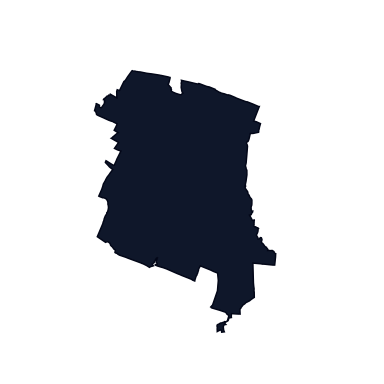 outline of Albesti, Botosani, Romania, rotated 56°
{"feature_id": "2599482B63147515307079", "entity_name": "Albesti", "entity_type": "district", "adm_level": 2, "iso_a3": "ROU", "parent_name": "Romania", "parent_adm1": "Botosani", "projection": "albers", "projection_center": [27.098, 47.691], "detail": "fine", "context": "isolated", "style": "filled", "palette": "ink", "viewbox_px": 384, "rotation_deg": 56, "n_neighbors": 0, "source": "geoboundaries", "source_scale": "gbopen_adm2", "svg_char_len": 6037}
<svg xmlns="http://www.w3.org/2000/svg" viewBox="0 0 384 384"><g transform="rotate(56 192 192)"><path d="M139.4,265.4L143.3,271.6L143.9,271.3L145.8,270.0L146.8,269.3L147.5,268.3L148.9,267.4L150.3,266.9L152.6,267.1L152.9,267.3L154.1,267.7L154.7,268.3L155.2,268.6L156.2,268.9L158.4,270.0L158.5,270.3L159.2,270.8L161.2,273.0L161.5,274.2L162.3,274.8L162.7,275.6L163.2,276.9L163.7,277.7L164.9,279.5L166.6,281.3L167.3,282.5L168.3,283.5L176.1,295.5L185.4,291.8L185.4,291.4L186.2,289.5L188.2,288.8L189.4,288.8L190.3,289.2L190.7,289.2L191.7,289.1L193.1,288.7L195.5,288.7L197.3,288.0L199.1,289.7L200.0,289.3L201.1,288.4L201.7,288.4L203.7,287.5L209.2,283.3L211.3,281.9L222.1,274.1L223.6,273.2L223.8,272.9L227.7,270.7L230.7,269.4L230.7,267.9L231.1,267.0L231.6,265.3L229.4,265.3L229.5,264.2L229.2,263.2L229.4,263.0L229.1,262.4L228.8,262.5L228.3,261.6L227.9,260.4L227.1,259.1L227.0,258.4L227.1,257.9L227.0,256.9L227.9,258.4L228.8,259.3L229.1,260.0L229.8,260.7L230.4,261.0L231.8,260.7L232.5,261.3L232.3,261.5L231.7,262.9L231.8,263.3L232.0,263.4L234.3,261.8L237.6,259.1L238.5,258.3L241.5,256.1L251.6,249.7L253.9,248.1L255.1,247.4L264.9,240.7L265.2,240.9L267.3,239.5L266.4,238.6L264.4,236.1L263.9,235.3L263.6,234.4L263.0,233.8L262.6,233.0L261.2,231.3L260.6,230.5L259.5,229.5L257.9,226.4L267.1,220.2L269.9,218.6L273.5,216.1L280.1,219.7L288.2,226.2L296.8,237.6L297.2,238.2L297.8,240.7L298.0,240.6L298.7,240.7L299.2,240.4L305.5,235.2L310.6,231.3L312.9,231.3L315.1,230.5L318.6,234.7L318.6,235.8L318.5,236.4L318.3,236.8L317.7,237.4L317.8,237.7L317.7,238.2L317.1,240.7L316.5,241.8L316.7,242.0L316.8,242.3L316.7,242.7L316.5,243.0L316.7,243.5L316.4,244.1L316.3,244.6L316.3,245.4L316.6,245.7L317.1,246.3L317.4,246.2L318.0,246.3L318.6,247.0L320.2,248.1L320.6,248.0L320.8,248.1L320.9,248.5L321.0,248.6L321.8,249.1L322.0,247.0L322.4,245.4L322.8,245.1L323.4,245.0L323.7,245.1L324.3,245.6L324.8,245.8L326.0,243.4L324.2,243.0L321.5,241.6L321.0,241.2L320.0,239.6L320.7,238.1L319.1,238.4L318.9,237.6L318.3,237.4L318.3,237.2L318.7,236.5L318.8,236.0L318.8,235.1L318.9,234.5L318.8,234.1L318.6,233.6L317.1,231.9L318.1,229.5L317.1,229.0L314.9,227.3L318.6,222.5L320.1,220.4L316.7,218.3L315.9,217.7L315.7,216.6L315.2,216.0L314.5,213.7L314.2,213.2L314.2,210.8L313.9,209.5L313.9,208.6L314.2,207.0L314.1,206.4L314.4,205.4L314.1,202.3L314.2,201.5L314.1,200.5L314.2,199.3L311.3,197.4L309.6,196.3L308.7,196.0L308.0,195.4L306.7,194.5L304.8,193.6L301.7,191.9L285.0,181.3L289.9,175.2L291.3,173.8L292.1,172.6L297.7,165.9L298.8,164.3L292.6,159.1L290.3,157.4L290.0,157.1L288.7,157.8L287.2,157.4L286.5,157.6L285.9,158.1L285.2,158.3L284.8,159.3L283.2,161.3L282.8,162.0L282.0,161.2L280.0,161.4L279.5,161.2L278.7,161.7L277.9,162.0L276.6,162.0L274.5,162.1L273.4,162.5L272.5,162.5L272.2,162.4L270.9,160.9L270.4,160.5L268.7,160.1L268.1,160.7L268.1,160.9L268.5,162.6L268.2,163.4L267.7,163.7L266.9,163.0L266.5,162.9L265.0,162.9L264.0,162.7L263.4,162.2L262.3,160.3L261.8,159.8L261.2,159.0L259.9,158.3L259.6,157.3L259.2,157.3L258.5,157.5L257.4,158.5L256.6,158.6L256.4,158.8L256.1,159.3L256.0,159.5L255.4,159.7L254.9,159.7L254.4,159.5L253.8,158.8L253.0,158.5L252.4,157.8L251.4,157.3L250.9,156.7L250.5,156.3L250.0,156.1L249.9,156.5L249.7,156.7L249.4,157.8L249.0,157.9L247.7,157.6L243.4,157.3L243.8,156.4L243.5,156.2L243.8,155.5L242.8,154.0L242.6,153.5L242.6,153.3L242.6,153.1L242.3,152.8L242.2,152.7L242.2,153.1L241.7,152.8L241.2,152.8L239.9,152.9L237.6,151.5L236.8,150.5L236.3,149.8L235.3,149.0L232.4,147.0L232.0,146.8L231.0,146.6L229.0,146.9L228.1,146.8L226.6,146.5L224.6,146.6L223.3,145.8L222.1,145.7L219.5,145.8L217.7,145.4L217.4,145.4L217.4,144.6L217.1,144.6L216.5,144.2L215.3,144.4L215.6,144.3L216.0,143.8L215.7,143.7L213.5,141.4L208.5,136.9L204.7,134.4L202.9,134.1L201.5,133.4L200.4,133.3L198.2,130.9L191.9,125.8L185.1,120.4L183.9,119.9L182.7,119.8L181.7,119.3L181.2,118.5L181.4,117.7L181.4,117.3L180.5,115.8L179.3,114.4L176.1,111.0L177.6,108.6L179.7,103.4L178.7,102.5L177.9,102.1L177.6,101.4L175.8,99.6L173.6,97.0L169.7,99.4L169.3,99.9L168.7,100.2L167.6,101.2L158.8,88.5L158.7,88.7L158.2,89.1L153.2,92.3L148.1,95.8L147.7,96.4L146.6,97.3L139.1,102.6L137.5,103.5L133.2,106.3L132.0,107.3L132.1,107.5L130.9,108.7L128.9,110.1L126.4,112.4L125.1,113.1L124.4,113.7L121.5,115.0L120.7,115.6L119.8,115.4L114.6,118.9L114.0,119.5L114.3,119.5L112.0,121.3L106.3,125.3L105.8,125.9L106.1,126.1L105.9,126.7L103.6,128.9L99.0,133.1L95.7,136.3L93.5,138.3L94.2,138.6L94.9,139.1L95.7,140.1L97.2,140.8L97.5,141.1L98.3,141.8L98.8,142.1L99.6,142.7L100.6,143.0L101.5,143.5L103.3,144.2L104.8,144.2L104.6,144.6L105.0,145.1L105.3,146.5L105.2,146.8L104.9,147.2L103.8,148.2L101.3,150.2L98.8,151.8L97.5,152.5L96.4,152.7L95.8,151.9L95.6,151.8L95.0,152.1L94.2,151.1L89.6,151.7L88.2,149.7L85.6,146.8L85.0,146.2L84.6,146.2L84.4,146.6L83.4,147.3L78.0,152.5L77.8,152.8L77.1,153.4L71.7,159.2L68.2,163.2L63.6,167.7L62.2,169.5L61.6,170.0L61.0,170.8L60.2,171.4L59.4,172.3L59.1,173.0L58.0,173.7L58.0,174.1L60.4,180.7L61.0,182.1L61.9,184.1L62.2,185.1L62.5,185.7L62.3,185.7L62.3,186.6L67.4,195.4L65.4,196.8L66.4,198.1L71.9,201.7L66.8,204.3L65.3,205.0L65.5,205.2L65.6,206.2L65.4,206.7L65.1,207.0L65.5,207.7L65.5,207.9L65.4,208.3L65.0,208.7L65.2,209.3L65.4,211.1L65.6,211.5L65.7,211.8L65.5,212.3L65.5,212.8L65.7,213.3L66.0,213.8L66.8,213.2L67.4,213.3L67.6,213.3L68.1,214.0L68.3,213.8L68.6,214.0L70.0,215.9L70.9,218.5L71.2,219.1L71.5,220.0L70.4,221.1L69.8,221.3L68.3,220.2L65.3,221.8L65.2,222.0L66.1,222.7L69.2,226.3L70.1,227.3L70.6,227.0L72.0,227.0L73.2,227.3L74.4,227.8L75.9,227.1L85.9,220.9L87.6,219.7L89.3,218.3L90.4,217.8L93.7,215.9L95.1,218.1L97.3,222.0L100.4,220.6L101.4,220.0L102.1,226.9L102.4,228.0L102.3,228.9L106.1,227.1L107.2,226.5L109.9,225.2L112.5,231.9L115.4,230.2L118.3,228.0L122.8,236.0L123.8,237.4L126.3,241.5L126.0,241.8L125.9,242.2L125.4,242.5L121.8,244.1L119.2,245.2L118.0,245.8L118.9,247.2L119.1,247.3L123.2,246.6L125.1,246.4L127.4,245.7L129.0,245.1L129.3,245.7L130.6,249.5L131.2,250.9L132.2,254.0L133.5,256.6L134.1,257.5L135.8,261.0L137.4,262.8L139.4,265.4Z" fill="#0f172a" stroke="#020617" stroke-width="1.5"/></g></svg>